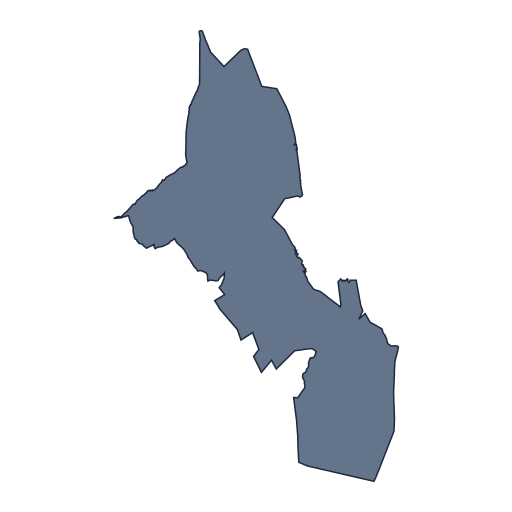 outline of Sabanilla, Chiapas, Mexico
{"feature_id": "50627088B78284719360183", "entity_name": "Sabanilla", "entity_type": "district", "adm_level": 2, "iso_a3": "MEX", "parent_name": "Mexico", "parent_adm1": "Chiapas", "projection": "equal_earth", "projection_center": [-92.63, 17.325], "detail": "fine", "context": "isolated", "style": "filled", "palette": "slate", "viewbox_px": 512, "rotation_deg": 0, "n_neighbors": 0, "source": "geoboundaries", "source_scale": "gbopen_adm2", "svg_char_len": 6049}
<svg xmlns="http://www.w3.org/2000/svg" viewBox="0 0 512 512"><path d="M298.8,462.3L307.5,466.0L361.3,478.4L374.0,481.3L376.5,475.9L376.7,475.2L377.8,472.4L378.7,470.3L378.9,469.9L382.3,461.1L385.0,454.1L386.5,450.4L387.8,447.0L388.3,445.5L388.6,445.0L389.9,441.6L392.8,434.3L394.0,431.0L394.1,428.5L394.2,427.8L394.2,426.1L394.5,418.4L394.3,414.3L394.3,411.8L393.8,400.5L393.8,397.3L393.6,396.8L393.7,395.7L393.6,392.7L394.3,375.6L394.4,374.8L394.4,373.2L394.3,371.9L394.4,370.9L394.5,369.4L394.6,368.1L394.6,367.7L394.8,363.5L394.8,361.8L397.6,351.2L398.4,347.0L397.5,346.1L396.4,345.9L392.9,345.9L391.5,346.1L391.1,346.0L387.6,343.5L387.4,342.1L387.0,341.6L386.8,340.9L386.7,339.4L386.3,338.2L385.3,336.3L385.1,335.3L384.4,334.5L383.6,333.6L383.1,332.6L382.4,330.9L382.5,330.1L382.1,329.2L381.7,328.7L370.0,322.1L365.1,313.5L358.8,319.2L362.8,310.9L360.7,305.2L356.2,280.2L350.1,280.2L349.2,282.5L347.5,281.2L348.0,279.4L347.8,279.1L347.4,279.0L346.7,279.2L346.5,280.0L346.2,280.3L345.9,280.3L344.2,281.1L344.0,280.3L343.0,280.3L342.8,280.7L342.3,281.0L341.6,280.1L340.8,278.9L338.0,281.8L340.1,298.4L340.9,304.8L340.4,305.6L340.4,306.9L328.1,297.6L325.9,295.7L320.7,291.9L319.5,291.1L318.5,290.8L317.5,290.6L314.4,289.7L312.7,288.1L309.0,282.9L308.1,281.9L307.2,279.6L306.9,278.0L305.7,276.1L304.6,273.2L303.3,271.0L304.3,270.1L304.2,270.1L304.4,270.2L304.7,271.0L304.8,270.9L305.1,271.4L304.6,272.2L305.3,272.5L305.8,271.6L306.0,271.5L305.7,270.7L305.5,270.8L305.1,269.3L305.7,268.8L304.3,267.6L303.9,267.3L303.4,267.2L303.2,266.7L303.7,266.2L303.0,265.4L303.2,265.1L303.0,264.8L302.5,265.0L302.0,264.6L301.8,264.4L301.7,263.8L302.0,262.5L302.0,262.1L302.2,260.7L301.3,259.7L299.3,257.5L298.7,257.4L298.6,257.5L298.4,257.5L298.1,257.9L297.2,256.9L296.7,256.2L297.2,255.7L297.4,255.6L297.7,254.8L297.7,254.7L298.0,254.0L297.4,253.7L297.1,253.4L296.9,253.0L296.1,253.8L296.4,251.4L295.5,252.4L295.7,250.1L294.8,249.8L295.5,249.4L295.4,248.8L294.5,246.6L292.8,245.2L284.5,229.6L272.2,217.5L284.9,198.5L287.7,198.2L297.6,195.9L300.1,197.1L301.4,196.0L302.1,195.8L302.5,194.5L300.7,185.7L300.8,183.6L300.5,183.1L300.3,181.7L300.7,180.5L300.3,180.0L300.0,177.3L299.6,176.9L299.8,176.3L300.2,175.8L297.0,151.9L296.8,151.7L296.6,150.7L296.1,149.7L296.7,149.6L296.8,148.9L297.1,149.2L297.1,147.8L296.2,146.9L296.6,146.2L296.7,145.8L296.4,144.6L295.3,144.9L294.1,144.6L295.8,143.1L295.0,136.7L289.6,115.4L286.0,106.4L276.8,88.7L261.8,86.4L247.6,49.2L244.2,48.7L240.6,50.5L224.0,66.6L210.5,52.0L210.4,52.6L210.2,51.8L210.2,51.6L210.2,51.3L210.1,50.7L209.4,49.3L208.6,47.4L208.1,45.8L206.6,42.5L206.0,41.0L205.2,39.3L204.7,37.3L203.9,35.4L203.4,34.3L202.9,32.6L202.3,31.1L201.0,30.7L200.0,30.9L199.2,31.4L199.2,32.2L199.3,32.6L199.4,33.0L199.5,33.3L199.4,33.7L199.4,34.2L199.5,35.0L199.8,35.6L199.9,37.0L200.1,37.8L200.2,40.6L199.8,42.5L199.7,45.4L199.8,49.0L199.7,57.8L199.8,59.8L199.7,61.9L199.7,65.7L199.6,68.7L199.7,74.3L199.5,81.1L199.6,83.9L198.5,86.7L197.8,88.3L197.6,89.6L197.0,91.1L196.5,91.5L196.1,92.4L195.7,93.2L194.3,96.3L193.7,97.4L193.5,98.4L192.9,99.4L191.7,102.1L191.2,103.7L191.1,104.5L190.7,105.1L190.4,104.9L189.4,106.7L189.5,107.3L189.0,108.3L189.5,109.7L188.9,111.1L188.9,112.3L189.1,113.0L188.5,114.8L188.5,115.3L188.2,116.4L188.0,117.5L187.8,119.2L187.4,121.2L187.0,124.8L186.7,126.0L187.0,126.3L186.5,128.7L186.3,131.0L186.1,132.0L186.1,134.9L185.9,137.5L186.0,138.6L186.0,141.8L186.0,144.0L185.8,149.0L185.9,149.8L185.6,153.5L185.8,156.3L186.1,157.6L186.2,158.7L186.8,161.5L187.1,162.3L185.7,164.3L185.8,164.9L184.3,165.6L184.2,165.8L183.5,166.5L182.9,166.4L182.6,167.3L181.4,167.1L180.0,167.8L177.1,170.3L176.5,170.7L175.8,171.7L175.0,172.4L172.8,173.8L171.4,174.3L170.1,174.9L169.5,175.3L169.1,175.6L167.0,176.9L166.1,177.3L165.4,178.6L164.9,179.3L164.2,179.9L163.6,180.7L162.5,179.8L162.1,180.9L161.2,182.4L158.9,184.9L158.0,186.2L157.4,186.9L156.8,187.9L155.1,189.3L152.7,190.8L152.1,189.9L150.6,190.9L150.4,190.5L149.6,190.9L149.3,190.3L148.0,190.6L147.1,191.6L146.7,192.3L144.2,194.7L142.6,195.6L141.8,196.2L139.2,198.9L137.8,200.0L137.3,200.2L136.8,201.1L135.9,202.6L135.2,203.3L135.3,204.2L132.9,204.4L129.7,208.3L127.0,211.2L126.0,212.2L124.6,213.2L123.8,214.2L121.3,216.7L120.1,217.0L119.4,216.5L117.4,216.7L116.2,217.2L115.5,217.8L113.6,218.4L117.7,218.2L119.2,217.9L119.8,217.9L121.0,217.8L121.7,217.7L122.4,217.3L125.4,216.6L128.2,215.6L128.9,216.2L129.1,216.8L129.0,217.5L129.8,219.8L129.8,220.4L130.4,221.9L131.4,223.9L133.1,226.8L133.1,231.2L133.6,234.0L134.1,235.5L134.4,237.6L135.4,239.2L136.2,239.4L137.0,240.3L137.1,241.1L138.3,242.2L138.5,243.1L139.0,243.3L142.1,244.2L143.6,245.8L145.3,247.2L146.4,248.2L154.0,244.6L153.9,245.9L154.2,246.7L154.9,248.3L155.2,248.6L155.4,248.7L156.1,248.2L156.4,247.9L158.2,247.1L159.1,246.9L159.8,247.0L160.4,246.7L160.9,246.8L163.4,246.1L164.8,245.3L166.3,244.7L168.7,243.4L169.5,242.6L170.1,241.5L171.5,240.8L172.2,240.3L173.3,239.8L174.5,238.5L175.6,240.4L176.4,242.2L177.8,243.7L182.3,247.7L183.7,249.2L185.6,252.1L186.8,254.2L187.4,255.4L187.9,257.1L190.7,260.7L191.3,262.0L193.6,265.9L197.0,269.8L197.6,271.0L200.7,270.5L206.0,272.7L207.3,274.7L207.6,277.0L207.6,279.7L207.8,280.4L208.0,281.1L209.7,280.1L213.2,280.4L214.4,280.7L216.3,280.9L218.0,280.5L219.7,277.9L221.3,276.2L223.3,274.5L224.4,273.0L224.2,278.0L221.5,284.7L219.2,287.7L224.7,294.6L214.7,300.6L218.9,307.3L219.6,308.8L237.4,329.6L241.0,340.1L252.6,332.6L258.9,349.5L253.6,356.4L261.4,372.4L271.5,360.2L276.3,369.0L294.6,350.8L303.8,349.5L307.6,348.9L312.3,348.7L316.2,351.4L315.0,355.3L314.1,356.9L312.6,357.7L310.5,357.9L309.8,358.8L309.1,361.0L308.5,363.1L308.5,364.0L308.6,366.2L308.2,367.3L307.8,368.0L307.3,368.3L306.8,368.9L306.5,369.6L306.3,370.5L305.8,371.8L305.2,372.4L303.5,373.4L302.9,374.3L302.6,375.6L302.6,377.0L303.1,378.5L303.9,380.0L304.5,381.4L304.6,382.1L304.4,382.9L304.3,383.5L304.4,383.9L304.7,384.4L304.9,385.0L304.8,387.4L304.1,388.7L302.4,391.0L297.7,397.7L293.6,397.5L296.5,419.9L297.7,435.7L298.1,449.9L298.8,462.3Z" fill="#64748b" stroke="#1e293b" stroke-width="1.5"/></svg>